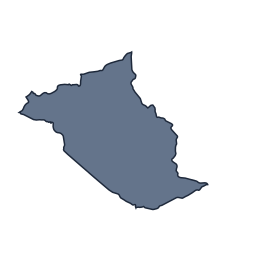 outline of Adamaoua, rotated 41°
{"feature_id": "CMR-1482", "entity_name": "Adamaoua", "entity_type": "Province", "adm_level": 1, "iso_a3": "CMR", "parent_name": "Cameroon", "parent_adm1": "", "projection": "robinson", "projection_center": [13.021, 7.091], "detail": "fine", "context": "isolated", "style": "filled", "palette": "slate", "viewbox_px": 256, "rotation_deg": 41, "n_neighbors": 0, "source": "natural_earth", "source_scale": "10m", "svg_char_len": 4191}
<svg xmlns="http://www.w3.org/2000/svg" viewBox="0 0 256 256"><g transform="rotate(41 128 128)"><path d="M65.1,108.3L68.1,104.9L69.3,102.8L70.1,102.2L70.7,101.6L70.9,100.5L70.2,97.3L70.1,96.1L70.3,94.9L70.6,93.8L72.3,90.3L77.1,82.8L78.9,80.7L79.2,79.9L79.1,79.0L78.7,77.6L78.5,75.5L78.5,73.4L78.7,72.1L80.7,69.0L80.9,68.3L81.5,68.9L83.5,72.0L92.6,81.4L93.8,82.0L94.8,82.4L96.0,82.6L97.8,82.7L98.5,82.7L99.2,83.0L99.7,83.6L100.7,85.4L100.8,86.0L100.7,86.5L100.5,87.1L100.2,87.5L100.0,88.1L100.2,89.3L100.2,91.0L100.6,91.9L101.0,92.4L101.6,92.8L102.8,93.3L103.4,93.5L103.9,93.6L105.1,94.2L105.9,95.1L109.7,96.3L117.4,97.6L118.1,97.8L122.2,100.3L123.0,100.5L123.6,100.5L124.7,100.3L125.8,99.9L127.2,99.7L129.7,99.9L130.0,99.2L130.2,97.1L130.3,96.4L130.4,95.9L130.9,95.3L131.2,94.8L131.8,94.4L135.1,95.2L136.4,96.3L136.9,97.0L137.7,97.8L138.5,98.3L139.6,98.8L142.1,100.7L142.8,100.8L143.3,100.6L143.9,99.8L144.3,99.5L146.1,98.8L146.6,98.5L147.7,97.7L148.4,97.4L149.3,97.2L150.0,97.2L151.1,97.7L151.7,97.8L152.3,97.7L157.7,96.3L158.8,96.2L159.4,96.3L160.0,97.0L160.0,99.4L160.4,99.8L160.9,100.3L162.2,100.7L170.5,101.7L171.0,102.0L171.3,102.4L171.7,104.3L171.9,104.9L172.2,105.4L172.5,105.7L174.5,107.5L175.0,108.0L175.3,108.5L175.4,109.4L176.3,111.2L178.8,114.2L179.7,115.0L180.3,115.4L181.0,116.0L181.7,117.8L181.9,120.8L181.8,121.4L181.6,122.2L181.7,123.0L182.1,123.5L182.6,123.8L183.2,124.0L184.4,124.0L187.9,123.6L188.5,123.7L189.2,124.0L189.9,124.5L190.5,125.2L190.9,126.1L191.2,126.8L192.4,128.7L195.4,129.4L196.1,130.6L196.4,131.0L197.1,131.4L197.6,131.6L198.2,131.6L198.7,131.5L199.3,131.4L199.9,131.1L200.5,130.8L204.0,128.3L214.0,123.4L214.8,123.1L215.5,123.0L216.3,123.0L217.4,122.8L218.1,122.5L218.8,122.1L221.8,119.1L222.8,118.4L223.6,118.1L224.2,118.1L224.8,118.2L225.2,118.3L225.3,118.4L224.2,119.5L223.3,122.0L222.7,123.3L222.4,123.9L222.4,124.4L222.6,127.6L222.5,128.1L222.1,128.7L221.0,129.2L220.6,129.6L220.0,130.5L219.7,131.5L218.9,134.9L217.4,139.6L216.4,141.8L215.5,144.3L215.2,145.1L214.6,145.6L211.7,147.3L210.9,147.9L210.3,148.7L209.8,150.0L204.3,164.1L203.1,165.9L203.0,166.6L203.2,167.8L203.2,168.4L203.1,169.0L202.6,170.0L200.8,172.6L200.1,173.3L193.2,177.0L191.3,177.0L190.8,177.9L190.1,178.9L188.7,180.4L188.0,180.7L186.9,181.9L186.2,182.6L186.3,182.8L186.4,183.1L186.2,183.0L185.2,182.4L184.4,181.3L183.9,181.1L183.5,181.2L183.2,181.6L183.0,181.8L182.7,182.3L182.4,182.7L181.8,183.0L179.3,183.2L174.8,184.5L172.3,184.8L168.3,185.5L167.5,185.3L165.1,184.3L164.3,184.3L163.6,184.4L158.6,186.6L154.2,187.2L135.3,187.4L112.0,187.4L99.7,187.4L94.7,187.2L93.6,186.7L93.4,186.3L93.1,185.8L92.2,184.8L92.1,184.5L91.9,184.0L91.8,183.5L91.6,182.9L91.2,182.3L90.7,181.8L84.6,176.7L83.8,176.3L82.8,176.1L81.1,176.1L80.1,176.4L79.3,176.7L78.2,177.5L77.6,177.8L77.1,178.0L76.5,178.2L75.4,178.2L74.2,178.1L73.4,177.9L72.7,177.6L71.6,176.9L70.5,176.0L69.0,174.1L68.7,173.7L68.4,173.3L67.2,173.4L66.7,173.6L66.6,173.8L66.7,174.5L66.7,174.8L66.3,174.9L66.1,174.7L65.9,174.5L65.5,174.3L65.1,174.6L64.5,175.6L63.9,175.8L63.2,175.9L62.9,176.1L62.7,176.4L62.4,176.6L61.5,176.8L60.5,176.7L59.5,176.9L58.6,177.5L57.7,178.4L55.8,179.8L53.5,182.2L52.4,182.8L52.0,183.1L51.2,183.6L40.4,186.3L38.7,187.2L37.7,187.6L36.9,187.2L36.4,187.3L35.7,187.7L35.9,186.7L36.7,184.4L36.6,183.5L36.4,182.3L35.6,180.0L35.4,178.7L35.3,177.8L35.4,176.6L35.5,175.9L36.0,174.7L36.0,174.1L35.9,173.5L35.1,173.0L34.5,172.6L30.7,171.5L31.1,170.3L31.6,167.9L31.7,166.4L31.4,163.6L32.8,163.4L33.1,163.5L33.6,163.9L33.9,164.0L34.2,163.8L34.7,163.3L34.9,163.2L35.4,163.2L36.5,163.5L37.0,163.6L38.2,163.2L39.4,162.6L40.4,161.6L40.7,160.3L41.0,158.1L41.7,156.2L43.0,155.1L44.8,154.9L46.2,154.0L47.3,152.3L48.7,148.6L49.0,147.1L49.1,145.7L48.9,144.7L47.8,143.3L47.5,142.5L47.8,141.1L48.7,139.7L51.6,136.6L54.4,134.6L54.6,134.4L54.7,133.6L54.9,133.4L55.2,133.3L55.6,133.4L56.2,133.2L56.9,133.2L57.3,133.1L57.5,132.6L57.6,132.1L57.8,131.6L58.5,131.1L60.5,129.0L61.1,128.6L61.7,128.4L62.3,128.5L62.7,128.7L63.1,128.8L63.5,128.6L64.0,127.4L63.4,126.0L61.5,123.7L59.1,119.8L58.5,119.2L57.3,118.9L57.1,118.6L57.4,118.1L58.3,117.4L59.3,116.4L62.2,111.4L65.1,108.3Z" fill="#64748b" stroke="#1e293b" stroke-width="1.5"/></g></svg>